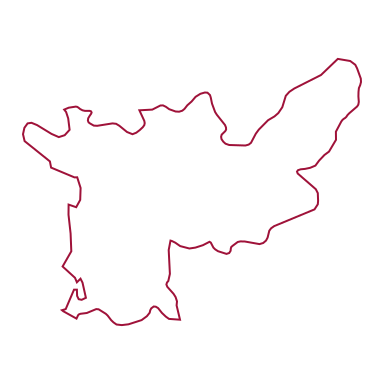 an SVG outline of Lezhë
{"feature_id": "ALB-1528", "entity_name": "Lezhë", "entity_type": "County", "adm_level": 1, "iso_a3": "ALB", "parent_name": "Albania", "parent_adm1": "", "projection": "orthographic", "projection_center": [19.841, 41.793], "detail": "fine", "context": "isolated", "style": "outline", "palette": "rose", "viewbox_px": 384, "rotation_deg": 0, "n_neighbors": 0, "source": "natural_earth", "source_scale": "10m", "svg_char_len": 2599}
<svg xmlns="http://www.w3.org/2000/svg" viewBox="0 0 384 384"><path d="M62.0,310.2L65.7,309.1L74.0,289.7L76.9,289.7L77.1,295.9L78.7,299.2L81.7,299.8L85.9,297.8L82.5,282.6L80.5,278.7L76.9,282.3L75.0,277.8L62.6,266.5L71.3,251.3L70.6,233.6L68.5,214.7L68.6,204.6L76.2,207.2L80.2,199.9L80.6,188.0L77.2,177.3L74.5,177.4L51.1,167.6L49.9,161.4L24.6,141.1L23.0,134.2L24.4,127.8L27.6,123.4L31.5,122.8L37.1,125.1L51.5,133.9L58.8,137.1L64.7,135.2L69.6,129.8L68.2,118.4L66.1,112.0L64.2,109.6L68.7,107.7L75.8,106.6L77.3,106.9L78.5,107.7L80.1,109.0L82.5,110.3L85.1,110.9L89.8,110.9L91.1,111.4L91.6,112.5L91.1,113.8L89.8,115.6L88.2,118.3L87.9,120.6L88.6,122.4L90.1,123.5L93.8,125.6L97.2,125.8L112.5,123.4L116.1,123.8L119.4,125.8L127.0,132.0L132.5,134.2L136.3,132.7L139.7,130.1L142.8,127.2L144.3,125.1L144.7,123.1L144.3,120.9L139.4,110.3L152.3,109.6L160.4,105.5L163.0,105.4L165.9,106.8L169.2,109.2L175.6,111.5L179.1,111.7L182.3,110.7L184.5,108.9L187.3,105.3L191.6,101.5L195.6,96.8L200.4,93.8L204.9,92.5L207.5,92.7L210.0,95.1L210.8,97.7L212.0,103.6L215.1,112.0L216.8,114.7L225.0,125.0L226.0,127.5L226.1,129.6L225.2,131.2L221.7,134.6L221.1,136.8L221.5,139.1L223.3,141.7L225.5,143.7L229.2,145.0L245.4,145.5L248.7,144.6L251.0,142.8L255.8,133.7L258.8,129.6L268.1,120.2L274.5,116.4L278.3,113.1L282.3,107.2L285.8,95.8L289.4,91.8L294.3,88.5L321.0,75.0L337.8,58.9L350.2,61.0L355.3,64.8L357.1,68.4L360.8,78.6L361.0,82.0L360.2,85.1L358.9,88.1L358.5,92.0L358.4,96.4L358.8,101.9L358.3,104.7L357.1,106.5L349.1,113.4L347.4,115.2L346.3,116.9L345.1,118.0L343.8,118.8L342.5,119.9L341.3,121.5L335.9,131.7L336.0,139.8L329.0,151.6L324.4,155.0L319.1,160.6L315.4,165.6L310.2,167.8L305.0,168.9L300.7,169.3L298.0,170.2L297.0,171.6L297.7,173.5L315.8,189.2L317.8,193.1L318.1,200.9L317.8,204.3L314.5,209.4L274.2,226.1L271.1,228.3L269.3,230.7L267.6,237.6L266.0,240.6L263.2,243.0L259.5,244.1L244.8,241.5L240.4,241.4L237.7,242.0L232.5,245.9L231.2,247.1L230.8,248.6L230.6,250.8L229.2,253.0L226.5,253.9L218.0,251.2L215.1,249.3L213.4,247.6L210.8,242.6L209.5,241.8L202.9,245.2L195.4,247.6L189.4,248.5L180.2,246.1L175.3,242.7L171.9,241.0L170.5,240.6L168.7,250.0L169.9,273.9L168.3,281.0L167.0,282.5L166.4,284.5L167.3,286.8L173.6,293.9L175.6,297.1L177.0,301.4L176.6,305.4L180.0,319.7L169.0,318.9L165.8,316.6L161.9,312.9L158.1,308.1L155.8,306.7L153.7,306.5L151.2,308.4L150.2,310.4L149.7,312.7L146.9,316.2L141.6,320.1L128.5,324.3L121.8,325.1L116.5,324.5L113.5,322.4L111.2,320.2L107.6,315.5L105.8,313.8L98.6,309.3L96.2,309.1L86.8,313.0L80.4,313.8L78.9,314.4L78.1,315.2L76.5,318.6L63.2,311.2L62.0,310.2Z" fill="none" stroke="#9f1239" stroke-width="2"/></svg>